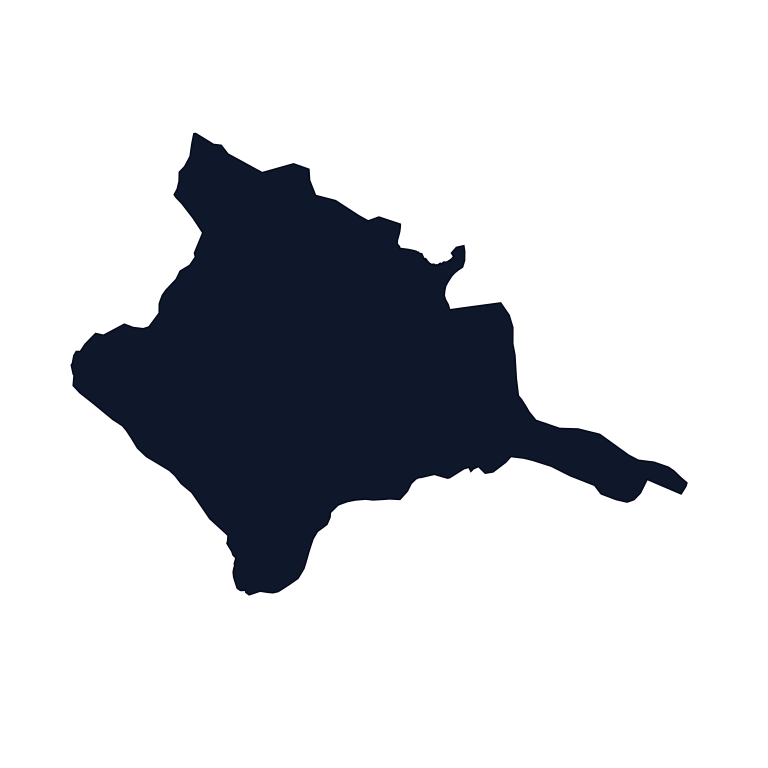 Akko, Gombe, Nigeria (Albers equal-area conic projection), rotated 7°
{"feature_id": "59680162B95139171035149", "entity_name": "Akko", "entity_type": "district", "adm_level": 2, "iso_a3": "NGA", "parent_name": "Nigeria", "parent_adm1": "Gombe", "projection": "albers", "projection_center": [11.094, 10.102], "detail": "fine", "context": "isolated", "style": "filled", "palette": "ink", "viewbox_px": 768, "rotation_deg": 7, "n_neighbors": 0, "source": "geoboundaries", "source_scale": "gbopen_adm2", "svg_char_len": 4256}
<svg xmlns="http://www.w3.org/2000/svg" viewBox="0 0 768 768"><g transform="rotate(7 384 384)"><path d="M272.2,607.6L275.8,609.7L286.3,604.7L293.4,604.9L299.1,604.8L304.3,602.9L309.9,598.3L314.2,594.7L322.4,587.3L327.0,577.0L328.2,570.3L329.4,562.8L329.7,560.5L331.3,552.0L332.5,546.2L335.9,538.5L344.5,530.3L346.7,522.8L346.4,518.2L350.3,513.3L350.7,512.8L353.3,509.6L357.7,507.3L362.4,505.0L369.8,502.6L379.4,500.6L380.7,500.5L387.3,500.4L396.0,498.8L403.8,497.3L410.0,496.9L413.9,496.6L420.2,487.6L423.1,479.4L427.2,474.4L429.9,472.7L432.2,472.2L445.0,467.5L453.3,468.9L456.0,469.3L458.5,469.7L460.4,469.1L460.6,469.0L473.6,458.4L478.4,456.3L480.9,460.2L483.0,457.4L487.8,454.4L495.3,460.2L502.9,458.0L514.6,446.6L518.7,440.5L531.8,440.5L541.0,441.6L560.1,445.2L580.5,452.5L584.5,453.5L605.4,458.9L612.9,466.6L628.5,470.4L639.7,471.6L646.3,468.3L651.8,460.9L656.8,446.6L692.3,456.9L696.1,448.8L696.7,445.2L690.2,440.9L682.2,434.9L676.4,431.9L661.4,428.7L645.7,428.7L635.4,424.8L615.7,414.0L604.3,407.7L582.1,405.0L563.7,406.7L539.0,401.5L535.7,398.2L534.5,397.1L531.4,394.1L527.8,389.3L522.7,383.1L522.4,382.7L518.8,379.3L514.6,362.2L510.4,339.3L506.9,328.4L505.0,312.2L499.8,300.4L489.9,289.3L453.9,298.7L440.2,302.4L438.0,297.3L434.9,293.0L433.0,289.0L432.9,283.7L433.3,279.2L434.9,275.1L437.9,268.8L440.4,265.2L443.9,261.6L447.7,258.4L448.3,255.2L448.9,251.7L448.9,251.1L448.6,248.7L448.4,246.8L448.0,243.3L447.9,242.4L446.4,237.0L439.2,239.6L435.0,245.8L437.0,248.2L437.1,248.3L438.1,248.3L438.1,248.8L437.4,248.8L437.3,249.2L437.2,249.5L437.0,249.8L436.6,250.4L436.3,251.1L436.1,251.4L435.9,251.5L435.5,251.9L434.8,252.6L434.6,252.9L434.0,253.3L433.4,253.8L432.9,254.1L432.6,254.8L431.1,255.4L430.1,255.7L429.4,255.7L428.9,255.5L428.1,255.9L427.2,257.1L427.1,257.5L426.7,257.8L426.2,257.9L425.8,257.4L425.1,257.3L424.6,257.7L424.3,257.9L424.2,258.2L424.4,258.6L424.4,258.8L424.1,258.9L423.5,258.9L423.2,258.9L423.0,259.1L422.9,259.2L422.9,259.6L422.6,259.7L422.3,259.7L422.1,259.5L421.9,259.3L421.7,259.3L421.6,259.6L421.3,259.8L420.8,259.7L420.6,259.6L420.4,259.6L420.1,259.6L419.9,259.6L419.5,259.2L419.2,259.0L418.9,259.0L418.3,259.4L417.9,259.3L417.7,259.3L417.5,259.8L417.3,259.7L417.0,259.5L416.7,259.7L416.3,259.4L415.8,259.3L415.4,259.0L415.2,259.0L414.7,258.9L414.3,258.8L414.1,258.6L414.0,258.3L413.7,258.1L413.5,257.8L413.0,257.6L412.7,257.5L412.8,257.2L412.6,257.0L412.2,257.2L411.5,256.7L411.6,256.4L411.4,255.9L411.2,255.6L410.9,256.0L410.5,255.8L410.2,255.9L410.1,255.7L410.2,254.8L409.9,254.7L409.6,254.5L409.3,254.8L409.0,254.9L408.6,255.0L408.4,254.8L407.8,253.7L406.9,252.3L406.5,251.6L405.7,250.5L405.6,250.1L402.6,250.0L402.2,250.0L402.2,249.0L400.3,248.9L400.1,248.8L399.9,248.4L399.7,248.3L395.5,247.8L391.3,247.5L387.9,247.5L383.1,247.4L382.9,246.6L382.6,245.7L381.9,245.1L380.6,243.9L380.3,243.5L379.9,242.5L379.9,241.5L379.8,239.4L380.6,234.0L381.0,230.7L381.0,228.2L381.0,225.8L380.8,224.4L380.8,223.4L358.6,218.9L348.4,224.1L344.0,222.3L337.9,219.8L313.6,207.9L293.1,205.2L285.3,190.8L283.3,180.0L267.4,176.5L237.3,189.1L201.0,174.7L193.3,166.9L185.6,167.0L166.6,158.3L164.8,158.7L164.6,161.1L164.0,169.4L164.0,169.7L163.8,181.8L159.6,192.6L155.0,198.7L155.9,207.8L155.0,215.7L152.7,221.7L154.9,224.2L161.0,229.1L173.9,242.1L180.4,249.7L185.7,256.0L179.9,277.1L181.2,280.6L181.3,281.0L176.8,289.8L167.9,296.8L165.1,305.1L165.1,305.3L161.0,310.8L156.1,317.5L153.2,322.9L151.7,329.2L151.2,331.8L152.2,341.1L143.7,356.0L138.3,358.5L128.1,358.5L118.9,356.3L99.7,369.8L91.6,369.0L87.8,373.9L82.6,380.8L82.2,381.5L81.5,382.9L78.6,388.8L74.6,389.2L72.7,393.6L72.2,401.5L71.3,403.3L74.3,412.0L75.3,413.1L75.7,423.5L81.0,427.9L83.4,429.9L92.7,435.5L101.1,440.7L110.0,446.4L110.5,446.7L119.3,452.3L128.3,456.7L129.3,457.1L134.1,461.6L140.2,468.8L147.2,477.7L156.9,484.9L169.3,490.4L181.6,495.9L186.0,499.1L187.8,500.4L194.8,507.5L196.5,508.6L201.1,511.6L206.5,515.1L209.4,518.3L217.6,527.6L227.5,538.9L246.7,552.6L247.9,553.7L247.7,554.7L247.7,555.2L247.9,557.1L247.9,559.6L247.5,561.3L253.3,568.7L255.1,572.3L257.3,573.9L258.2,575.4L257.6,578.2L257.3,580.6L257.9,582.7L257.4,585.4L257.2,589.0L258.3,593.8L259.8,597.4L263.2,604.6L266.6,606.4L272.0,605.7L272.2,607.6Z" fill="#0f172a" stroke="#020617" stroke-width="1.5"/></g></svg>